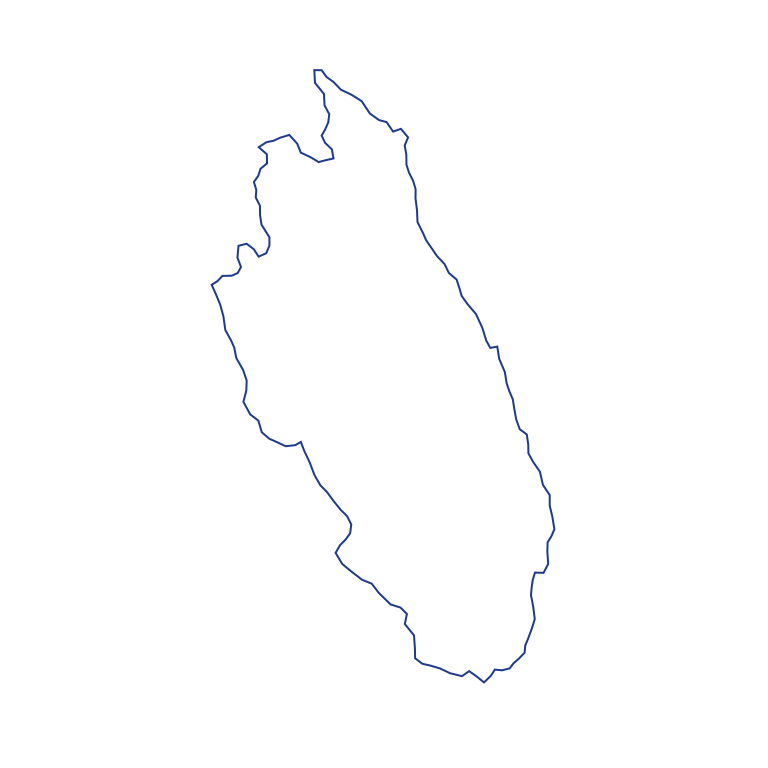 outline of Paulistas, Minas Gerais, Brazil, rotated 333°
{"feature_id": "56859067B39216072479731", "entity_name": "Paulistas", "entity_type": "district", "adm_level": 2, "iso_a3": "BRA", "parent_name": "Brazil", "parent_adm1": "Minas Gerais", "projection": "equal_earth", "projection_center": [-42.864, -18.454], "detail": "fine", "context": "isolated", "style": "outline", "palette": "blue", "viewbox_px": 768, "rotation_deg": 333, "n_neighbors": 0, "source": "geoboundaries", "source_scale": "gbopen_adm2", "svg_char_len": 2236}
<svg xmlns="http://www.w3.org/2000/svg" viewBox="0 0 768 768"><g transform="rotate(333 384 384)"><path d="M379.9,134.4L371.8,136.1L366.4,141.5L359.8,144.9L358.3,153.2L354.4,159.6L354.4,168.8L350.1,177.6L347.2,186.5L348.5,201.3L344.7,208.7L338.5,214.0L330.1,213.6L329.2,204.8L325.3,196.7L317.1,194.8L310.8,204.8L309.7,214.8L304.0,218.7L297.5,218.4L289.1,214.3L282.6,216.7L275.5,217.4L274.9,228.7L274.1,238.9L271.6,250.9L267.1,263.9L267.5,275.6L267.1,283.6L264.2,293.6L264.8,307.8L263.2,318.6L258.3,327.4L250.6,336.1L251.0,350.4L255.4,359.6L253.2,371.6L257.0,380.8L261.3,386.0L268.1,394.8L277.2,398.2L283.6,397.9L282.6,407.0L282.2,419.9L280.7,433.7L281.3,445.3L284.2,454.7L285.9,465.2L288.2,476.1L291.1,485.0L291.1,494.2L286.1,501.6L279.5,505.0L271.6,507.7L264.2,512.5L265.1,525.5L269.8,536.3L275.6,548.5L282.4,556.3L284.5,567.7L289.8,583.4L297.2,590.7L300.0,599.3L293.6,607.3L296.6,621.6L291.7,633.2L287.2,642.5L291.1,650.6L297.9,656.3L304.7,662.8L311.5,671.6L320.8,679.7L329.5,678.5L333.4,685.8L337.6,695.3L347.0,692.4L353.1,688.8L359.2,692.7L366.8,694.4L372.8,691.6L379.6,689.9L387.3,687.2L391.2,681.1L396.8,676.3L405.2,668.5L411.6,661.9L415.8,650.3L419.1,638.9L423.2,632.3L427.5,626.2L432.9,620.6L440.4,624.7L448.6,618.9L453.4,607.6L457.9,599.3L463.7,595.9L469.9,590.7L473.8,578.5L476.4,567.7L481.2,558.2L479.8,546.0L483.1,532.9L481.5,521.3L481.2,511.3L485.1,503.3L488.3,493.8L484.4,485.9L485.8,475.2L489.0,464.7L491.8,456.1L492.4,447.3L493.6,439.0L497.1,428.2L498.1,413.8L501.9,402.1L495.1,400.1L494.8,391.8L497.1,378.7L497.7,363.5L494.7,350.8L493.2,340.8L494.7,332.7L496.1,324.0L492.2,314.4L492.4,304.7L489.3,294.1L488.0,283.9L486.8,274.8L487.3,266.6L487.4,254.8L492.2,244.4L496.4,232.8L500.6,224.8L502.2,216.2L502.2,207.4L503.6,198.7L508.1,189.6L510.7,180.9L517.4,175.2L514.9,164.3L506.7,163.2L505.2,151.8L499.4,146.6L494.2,136.6L492.5,121.8L486.2,111.3L479.2,102.2L476.1,91.9L472.2,84.4L470.9,76.1L464.4,72.7L459.2,84.4L462.2,98.3L457.5,108.8L457.7,118.8L453.0,125.7L447.0,130.6L441.2,134.4L441.0,142.3L444.1,151.3L441.4,160.1L432.7,157.9L426.5,156.6L421.7,148.8L414.9,140.1L415.8,130.5L412.7,119.1L403.3,117.4L395.9,117.1L389.0,115.2L379.9,116.1L383.9,126.1L379.9,134.4Z" fill="none" stroke="#1e3a8a" stroke-width="2"/></g></svg>